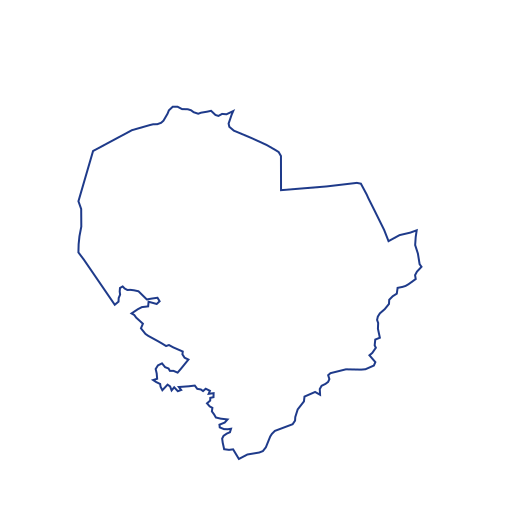 Currais Novos, Rio Grande do Norte, Brazil, rotated 240°
{"feature_id": "56859067B29733795279027", "entity_name": "Currais Novos", "entity_type": "district", "adm_level": 2, "iso_a3": "BRA", "parent_name": "Brazil", "parent_adm1": "Rio Grande do Norte", "projection": "robinson", "projection_center": [-36.481, -6.242], "detail": "fine", "context": "isolated", "style": "outline", "palette": "blue", "viewbox_px": 512, "rotation_deg": 240, "n_neighbors": 0, "source": "geoboundaries", "source_scale": "gbopen_adm2", "svg_char_len": 2639}
<svg xmlns="http://www.w3.org/2000/svg" viewBox="0 0 512 512"><g transform="rotate(240 256 256)"><path d="M197.9,408.0L199.1,401.3L202.3,390.8L202.6,378.2L214.5,380.0L236.4,381.4L250.0,382.2L253.8,382.6L266.2,383.0L268.9,379.9L281.0,351.8L300.5,310.6L330.1,327.6L334.7,327.6L337.9,325.9L346.7,320.8L360.9,310.7L375.6,299.5L381.2,297.5L384.4,298.5L390.6,305.6L392.9,308.7L393.5,301.3L396.0,297.7L396.1,293.5L398.4,291.4L404.2,289.7L405.4,285.9L407.6,280.0L408.1,277.1L411.7,273.9L414.7,272.6L417.2,270.3L420.2,265.4L424.5,262.7L426.9,258.5L425.7,253.4L423.5,250.6L420.8,245.9L419.4,243.4L418.8,240.4L419.5,236.4L421.5,232.8L422.4,229.8L427.0,211.5L428.4,167.4L392.2,129.6L384.1,128.1L368.8,119.4L361.4,113.0L354.9,108.3L347.9,104.0L344.5,104.4L338.9,105.1L284.4,109.3L285.2,114.1L288.3,116.1L290.5,119.0L293.4,120.2L296.3,122.2L296.3,125.3L293.5,126.0L290.9,127.6L289.5,130.3L287.3,133.2L284.2,136.6L273.0,139.7L271.3,144.3L269.1,149.8L265.0,149.9L264.1,146.0L270.1,140.1L266.3,137.4L268.8,131.6L269.0,127.1L268.5,119.5L265.7,121.1L262.6,121.4L253.9,124.2L250.9,120.2L243.8,121.3L240.8,122.7L231.1,128.6L227.1,130.9L223.0,133.1L222.4,136.1L218.3,138.6L209.9,144.8L207.6,143.1L203.6,143.3L200.1,145.7L195.8,134.4L194.2,129.8L197.8,127.1L199.6,124.0L202.3,124.0L205.2,121.7L210.0,120.9L210.3,116.4L208.3,112.6L204.0,111.3L199.1,109.0L200.0,104.9L196.8,106.5L193.1,109.0L190.5,108.0L186.6,107.8L187.8,111.8L188.8,115.1L186.0,116.4L181.8,115.7L183.2,119.5L178.0,120.7L177.4,124.2L181.1,123.7L176.8,132.6L174.4,138.2L170.3,138.7L168.0,141.5L165.5,142.6L166.2,146.1L162.3,148.7L160.3,146.1L158.4,150.7L155.0,148.6L156.0,145.5L153.7,144.0L152.9,139.9L148.9,140.7L146.3,142.3L143.5,140.1L139.6,140.5L136.2,140.5L132.8,144.1L128.7,149.6L127.4,145.6L128.2,140.0L125.7,138.9L122.1,141.7L120.1,144.9L118.9,148.0L116.4,145.3L116.8,142.0L116.5,138.0L114.8,135.4L110.9,133.8L107.7,132.8L104.6,131.8L101.6,135.7L100.0,139.5L88.8,139.7L88.4,149.3L84.2,160.5L83.6,164.4L85.4,168.9L92.6,178.1L94.0,180.8L95.1,184.9L92.0,203.6L93.9,207.5L96.9,209.5L102.3,215.4L106.1,224.8L110.0,227.7L108.7,239.2L103.8,242.1L108.9,244.7L110.8,247.9L110.5,252.2L110.9,255.5L112.7,258.0L116.7,258.9L117.3,261.9L112.9,277.2L105.0,290.3L103.2,294.2L102.2,303.3L104.4,306.3L113.3,304.6L113.9,308.2L116.6,313.9L119.3,314.1L124.0,317.5L123.3,322.4L132.0,325.2L136.9,328.3L140.1,328.9L142.6,331.2L144.4,334.6L145.6,340.9L148.0,347.2L151.5,349.5L152.8,354.3L153.0,359.1L157.6,362.7L156.0,367.4L155.3,370.5L155.3,373.9L156.2,382.8L159.9,384.2L162.0,387.6L163.9,393.9L167.1,393.6L177.1,397.4L185.9,399.3L192.6,403.8L197.9,408.0Z" fill="none" stroke="#1e3a8a" stroke-width="2"/></g></svg>